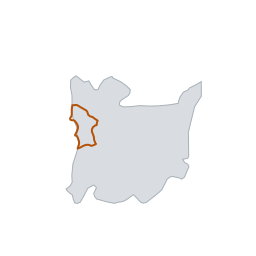 Bijelo Polje highlighted on a map of Montenegro, rotated 235°
{"feature_id": "MNE-1510", "entity_name": "Bijelo Polje", "entity_type": "Municipality", "adm_level": 1, "iso_a3": "MNE", "parent_name": "Montenegro", "parent_adm1": "", "projection": "orthographic", "projection_center": [19.735, 43.063], "detail": "fine", "context": "in_parent", "style": "outline", "palette": "amber", "viewbox_px": 256, "rotation_deg": 235, "n_neighbors": 0, "source": "natural_earth", "source_scale": "10m", "svg_char_len": 1925}
<svg xmlns="http://www.w3.org/2000/svg" viewBox="0 0 256 256"><g transform="rotate(235 128 128)"><path d="M113.7,42.4L113.5,43.7L113.8,47.4L115.5,51.1L121.4,54.8L130.1,62.2L140.4,75.8L145.1,79.8L149.4,80.8L157.7,86.4L163.5,87.7L170.0,89.3L187.0,100.9L194.6,104.3L200.1,108.6L200.7,112.8L200.5,115.4L190.7,118.4L189.0,123.0L184.2,122.5L178.5,122.5L176.6,125.4L179.4,130.2L181.2,135.8L179.8,143.5L179.3,144.5L177.9,144.2L169.8,148.7L163.8,150.8L158.3,151.9L155.7,149.8L154.4,146.8L154.7,138.4L153.7,135.5L151.8,134.1L148.1,136.1L143.8,142.7L139.7,150.3L133.6,158.2L128.6,165.7L123.2,175.3L119.4,183.2L123.2,187.7L125.6,193.9L124.8,198.6L125.5,201.3L124.3,209.5L124.0,214.6L112.0,206.3L107.2,194.7L89.9,175.0L70.0,161.5L69.0,159.4L70.1,156.8L71.1,154.8L67.0,154.6L64.1,156.2L61.3,155.7L58.3,150.7L55.4,146.3L55.3,142.5L56.7,142.0L58.7,140.5L62.9,136.4L63.8,134.2L63.6,130.8L57.9,120.0L57.2,113.1L56.5,100.2L57.8,97.2L60.0,95.8L70.2,94.3L70.2,84.3L70.9,81.3L72.9,77.2L74.3,73.4L80.0,68.0L87.8,61.6L91.1,61.4L94.0,62.3L97.3,68.0L100.9,67.3L101.7,60.6L97.1,51.7L94.6,46.1L95.4,43.0L97.2,41.4L101.3,42.4L105.1,44.0L107.6,43.0L111.5,42.2L113.7,42.4Z" fill="#d9dde1" stroke="#a8b0b8" stroke-width="1"/><path d="M140.1,75.1L140.3,75.2L142.6,78.3L143.9,79.5L145.5,80.3L148.8,81.3L150.4,81.5L151.4,81.2L152.0,80.5L152.6,80.6L154.8,84.6L156.2,86.5L157.8,87.8L159.5,88.4L162.0,88.6L164.6,88.4L165.5,87.8L167.2,86.0L167.9,85.6L168.9,85.9L169.5,86.8L169.9,87.8L170.5,88.8L171.2,89.6L175.8,92.8L178.4,95.4L178.5,95.5L176.3,99.2L174.4,100.2L172.0,101.1L171.4,101.6L169.1,102.5L166.3,103.9L164.5,103.9L161.6,103.0L159.2,103.7L157.3,105.3L154.9,106.0L151.5,107.3L149.7,105.1L148.4,103.9L148.9,102.5L148.8,99.9L147.7,97.8L145.7,96.3L142.2,95.5L139.9,94.8L139.3,94.3L137.6,93.4L134.7,92.7L133.4,92.6L133.5,90.5L134.4,87.7L136.5,86.4L137.8,84.8L138.6,83.0L139.1,80.6L139.3,78.0L140.1,75.1Z" fill="none" stroke="#b45309" stroke-width="2"/></g></svg>